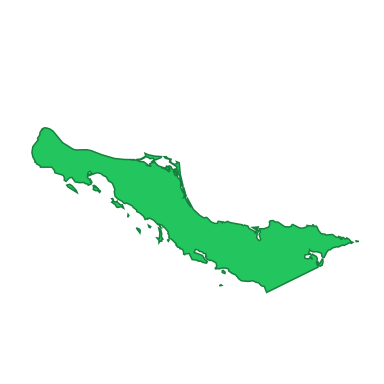 the border of Baja California Sur, rotated 153°
{"feature_id": "MEX-2707", "entity_name": "Baja California Sur", "entity_type": "State", "adm_level": 1, "iso_a3": "MEX", "parent_name": "Mexico", "parent_adm1": "", "projection": "albers", "projection_center": [-111.883, 25.437], "detail": "fine", "context": "isolated", "style": "filled", "palette": "green", "viewbox_px": 384, "rotation_deg": 153, "n_neighbors": 0, "source": "natural_earth", "source_scale": "10m", "svg_char_len": 6065}
<svg xmlns="http://www.w3.org/2000/svg" viewBox="0 0 384 384"><g transform="rotate(153 192 192)"><path d="M113.8,67.8L171.1,68.6L170.5,75.0L172.8,76.9L173.9,80.9L176.0,82.5L177.9,85.2L182.7,86.9L188.3,90.5L189.6,93.0L190.8,98.5L193.2,101.2L195.1,104.9L194.4,106.8L196.4,108.9L199.7,110.6L203.1,111.3L203.8,112.3L205.7,112.5L205.9,113.6L204.8,113.7L203.4,115.3L202.8,118.0L205.6,122.2L207.2,122.9L209.1,125.3L209.5,127.5L208.8,128.8L208.3,128.5L207.8,130.8L209.4,131.9L210.3,134.2L212.3,135.7L212.9,137.7L215.0,139.3L217.5,137.2L211.5,130.8L211.2,125.7L209.9,123.1L211.4,122.0L214.5,124.5L215.6,126.4L217.9,127.6L218.8,129.3L222.6,131.7L222.4,138.4L225.9,139.8L226.9,139.4L227.7,140.3L226.6,142.8L226.5,145.1L228.5,147.1L228.1,147.9L229.8,149.4L230.3,152.0L229.8,151.9L229.7,153.2L231.7,159.3L233.0,160.6L233.1,162.3L232.0,164.0L232.3,166.0L231.3,167.1L232.6,173.3L234.3,174.5L233.3,174.1L233.7,176.1L236.4,178.8L237.3,178.7L238.8,184.0L241.7,188.1L244.1,188.0L244.0,188.7L246.3,188.8L246.1,192.1L248.1,197.1L250.1,199.6L249.5,201.0L251.4,204.9L251.5,206.8L255.5,212.1L256.5,211.9L257.9,213.1L258.4,215.4L261.2,219.3L262.5,223.0L261.1,227.7L259.6,229.1L259.0,235.2L259.4,237.1L261.3,239.5L261.6,244.6L263.5,246.8L264.8,249.7L266.9,251.7L269.1,252.5L277.4,253.4L275.5,254.7L272.7,253.5L273.4,256.7L275.8,256.5L278.2,253.3L278.4,251.4L277.4,250.0L277.5,249.0L276.9,249.5L276.7,246.6L277.5,246.4L277.0,246.0L278.5,244.8L281.4,245.2L281.2,246.3L283.2,247.8L284.1,249.6L287.9,251.3L291.5,254.0L292.4,259.5L294.9,260.3L299.4,258.6L300.5,260.5L299.3,262.3L299.1,264.6L299.7,265.9L305.4,271.3L304.8,273.7L305.6,277.7L315.8,282.9L315.4,284.3L317.7,287.5L317.7,289.9L318.3,290.1L317.7,291.6L317.9,295.3L316.7,299.9L313.3,304.6L305.3,308.4L305.4,309.6L304.5,310.5L301.4,312.1L301.2,313.1L299.3,314.9L297.0,315.4L297.3,316.1L294.7,316.3L292.6,315.2L289.9,312.5L288.2,309.3L284.9,294.7L278.5,284.1L276.4,282.2L266.5,277.4L263.3,274.9L255.8,266.5L245.9,257.1L237.5,251.7L227.9,246.6L231.7,248.2L227.2,245.7L224.5,242.7L221.3,240.9L218.7,235.6L219.5,235.8L217.6,233.9L216.8,233.9L217.3,235.3L216.7,236.4L212.1,235.8L213.9,237.3L211.7,237.8L211.6,234.7L210.1,230.6L206.0,226.3L207.3,226.6L204.8,223.8L203.1,219.9L204.0,223.7L204.9,224.6L204.0,225.3L204.9,226.3L203.7,225.6L202.9,226.5L202.3,225.7L201.6,223.3L202.2,222.6L201.9,221.6L201.1,222.7L201.6,225.8L200.0,225.4L199.3,224.2L199.2,221.3L198.0,220.0L199.5,218.6L198.9,216.7L199.8,215.8L199.2,213.9L198.6,213.7L197.4,216.5L198.0,218.3L197.1,220.0L196.4,219.0L196.7,217.2L196.2,216.1L197.2,215.3L198.0,212.0L198.1,210.3L197.2,209.7L197.7,205.5L200.1,201.3L200.2,195.8L199.7,194.9L200.4,192.5L199.8,192.4L202.1,190.9L199.8,190.6L200.7,189.9L200.7,183.6L199.9,178.9L198.9,189.4L198.7,175.9L195.7,167.6L193.1,163.4L190.8,163.0L190.1,162.0L188.6,156.8L186.0,153.7L183.8,152.6L181.9,154.0L179.3,152.2L179.2,150.8L177.9,151.4L176.7,149.9L173.6,149.7L171.9,147.4L162.2,140.1L161.8,138.9L160.1,138.6L157.6,136.2L157.8,133.7L154.1,128.5L154.2,127.3L155.2,126.7L153.2,126.9L152.9,128.1L151.8,128.3L152.0,129.1L151.0,129.1L150.0,127.0L152.5,125.7L155.0,122.2L154.9,119.7L154.1,118.2L152.6,118.3L152.1,119.4L151.5,123.8L149.2,125.2L148.6,128.7L144.6,126.6L140.0,126.0L138.5,126.6L136.8,129.0L136.8,130.1L135.4,130.8L132.7,129.8L131.5,127.6L129.0,126.1L125.1,118.9L121.1,116.7L119.0,116.4L118.4,117.2L117.0,117.4L112.4,111.1L109.5,109.4L105.6,108.9L104.9,109.0L104.7,110.0L100.4,107.1L99.2,107.9L98.7,107.4L98.9,105.8L96.9,105.4L96.5,104.4L96.7,100.2L95.8,96.2L92.6,94.0L92.0,92.7L86.1,90.4L84.2,86.5L82.1,85.0L81.5,85.8L80.2,84.4L81.3,84.6L80.8,82.2L79.8,81.9L79.2,83.4L77.8,82.8L77.0,80.8L75.4,80.2L74.9,80.8L73.5,78.6L72.8,75.6L71.5,74.1L73.3,73.9L74.5,75.2L80.7,75.3L81.9,76.3L86.9,76.6L87.5,77.4L92.0,78.3L95.1,77.7L96.5,78.4L99.3,77.2L104.0,73.7L104.9,73.8L105.5,75.7L104.5,78.3L104.8,79.0L107.5,81.9L111.3,83.7L113.3,86.1L113.3,87.1L115.7,84.6L115.9,83.9L114.4,83.3L114.6,82.8L119.8,84.6L121.3,82.6L121.3,81.5L118.6,79.6L116.8,79.9L115.0,77.3L116.0,80.8L112.8,81.8L110.5,78.0L110.5,76.1L112.3,73.1L111.5,72.7L112.2,72.0L111.2,71.1L111.4,70.4L110.8,70.1L106.5,73.1L106.1,72.4L106.8,70.4L109.2,67.7L111.7,67.7L113.4,71.3L113.8,67.8ZM197.4,231.6L200.3,234.0L200.8,236.1L198.9,235.2L198.4,233.3L195.7,230.6L197.4,229.3L196.6,226.3L195.1,224.8L193.0,224.1L192.0,224.7L192.0,226.0L190.1,223.9L194.4,213.0L197.2,201.5L198.0,201.0L198.2,203.2L195.6,211.7L196.4,215.1L195.2,215.7L194.8,218.0L195.7,220.0L194.5,220.3L194.1,221.2L198.4,228.9L197.3,230.4L197.4,231.6ZM214.3,240.7L215.6,243.1L217.0,244.2L216.3,247.8L214.1,245.1L209.1,241.0L203.1,237.4L203.9,236.7L209.4,237.1L210.6,237.5L211.4,239.7L214.3,240.7ZM259.9,212.2L260.3,208.6L261.8,211.1L265.2,211.9L266.0,212.8L266.2,215.7L268.2,219.4L265.8,220.2L266.1,219.0L264.0,217.6L263.0,217.8L263.3,217.1L261.5,213.1L259.9,212.2ZM243.4,163.9L244.1,167.0L242.1,165.5L239.2,170.1L238.1,174.9L236.9,173.0L237.8,168.8L239.6,165.9L239.3,163.2L241.2,162.8L241.4,162.0L242.5,162.7L244.5,161.8L243.4,163.9ZM294.6,243.5L300.2,252.8L300.5,255.0L297.3,254.3L296.1,252.0L294.4,245.9L294.6,243.5ZM277.2,236.9L278.9,239.1L277.8,240.3L277.2,242.5L276.3,242.4L276.2,241.1L275.2,241.1L275.0,240.3L275.7,239.8L274.6,239.0L274.0,237.2L274.9,236.2L273.6,235.6L273.2,234.4L274.5,233.5L275.5,236.1L277.2,236.9ZM257.4,184.9L255.6,182.5L255.7,181.0L257.0,179.1L257.9,184.7L257.4,184.9ZM149.7,130.0L152.7,130.3L154.3,133.0L148.8,130.8L149.7,130.0ZM199.8,108.1L198.9,105.5L199.7,104.4L201.6,106.5L200.7,108.3L199.8,108.1ZM222.8,244.0L225.1,244.7L227.1,246.3L222.8,244.7L217.8,244.9L218.5,244.1L222.8,244.0ZM197.4,199.5L199.2,190.3L198.9,197.3L198.1,200.2L197.4,199.5ZM244.5,179.8L245.5,179.2L246.3,180.1L245.9,182.2L244.5,179.8ZM258.9,199.7L260.8,198.7L259.1,201.1L258.9,199.7ZM208.2,96.2L207.8,95.2L209.7,95.8L209.6,96.2L208.2,96.2ZM65.7,72.2L68.2,73.2L68.0,74.0L65.7,72.2ZM234.5,159.3L235.5,158.8L235.5,160.3L234.5,160.4L234.5,159.3ZM265.6,221.7L266.3,221.1L266.6,222.5L265.8,222.3L265.6,221.7ZM235.8,174.4L236.3,175.1L236.4,176.7L235.8,176.0L235.8,174.4Z" fill="#22c55e" stroke="#15803d" stroke-width="1.5"/></g></svg>